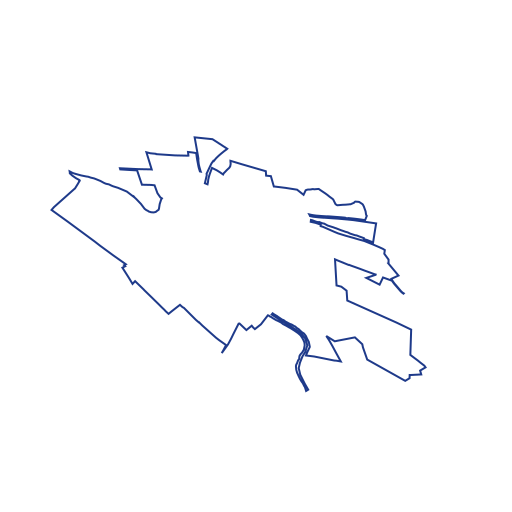 Bauska, Bauska, Latvia, rotated 32°
{"feature_id": "27541924B8748628129152", "entity_name": "Bauska", "entity_type": "district", "adm_level": 2, "iso_a3": "LVA", "parent_name": "Latvia", "parent_adm1": "Bauska", "projection": "natural_earth1", "projection_center": [24.202, 56.407], "detail": "fine", "context": "isolated", "style": "outline", "palette": "blue", "viewbox_px": 512, "rotation_deg": 32, "n_neighbors": 0, "source": "geoboundaries", "source_scale": "gbopen_adm2", "svg_char_len": 6048}
<svg xmlns="http://www.w3.org/2000/svg" viewBox="0 0 512 512"><g transform="rotate(32 256 256)"><path d="M294.3,195.1L289.1,196.3L284.3,198.0L283.5,196.3L284.9,195.8L286.7,195.5L289.4,194.9L290.8,194.3L291.8,193.6L293.3,193.4L295.2,193.0L296.7,192.4L300.6,192.2L305.6,190.9L306.3,190.7L308.4,190.3L309.0,190.1L314.5,189.1L316.9,188.5L318.9,188.1L321.2,187.4L324.1,187.1L326.0,186.6L328.9,185.9L330.5,185.2L332.8,184.8L334.2,184.5L335.5,184.2L338.0,183.7L338.4,184.5L342.1,183.5L343.3,183.3L348.1,182.4L342.4,169.0L340.6,164.7L319.7,173.9L314.8,176.3L305.5,181.0L301.8,183.0L293.7,187.3L293.1,187.7L288.7,190.0L283.7,192.4L282.9,192.7L280.7,193.5L280.5,193.3L279.1,192.5L281.1,191.8L283.3,190.9L285.5,189.9L290.7,187.2L295.7,184.5L295.7,184.4L297.3,183.5L302.1,181.0L308.0,177.9L311.0,176.4L311.2,176.7L313.9,175.3L314.2,174.9L316.8,173.6L320.1,172.0L322.9,170.7L325.7,169.4L329.5,167.8L328.7,163.3L328.4,163.2L327.7,162.8L327.0,162.1L325.3,160.1L324.3,159.3L321.4,157.0L319.6,155.9L318.8,155.6L315.0,155.5L314.7,155.6L314.1,155.8L312.6,156.6L312.0,156.9L311.6,157.1L311.2,157.5L311.0,158.1L310.9,158.9L309.4,161.1L308.8,162.0L307.9,162.6L307.3,163.1L304.8,165.0L302.3,166.7L298.2,169.8L297.8,169.9L297.3,170.0L296.4,169.9L295.8,169.8L291.6,167.2L290.7,167.0L289.4,166.9L286.7,166.7L284.4,166.4L281.7,166.2L275.5,166.0L273.7,165.9L273.5,166.0L270.0,168.6L269.2,168.9L268.5,169.3L267.5,170.2L267.3,170.5L265.0,172.0L264.3,172.6L263.3,173.9L263.9,178.9L255.7,178.0L244.9,182.6L235.9,186.8L234.3,187.6L226.3,180.4L222.0,182.5L219.4,178.9L195.0,185.8L183.9,188.8L184.5,189.7L185.7,191.3L186.6,193.6L186.6,195.3L185.7,198.7L185.2,201.2L184.8,202.9L184.9,204.3L181.1,204.1L178.7,204.1L177.4,204.1L172.0,204.6L173.3,210.9L174.0,213.5L175.0,216.5L176.0,218.5L176.9,220.9L174.1,221.4L171.4,213.5L170.5,212.5L169.6,205.0L169.2,201.1L169.4,197.9L169.9,197.9L170.1,196.2L170.3,194.5L170.8,192.4L171.3,190.5L172.2,187.6L173.5,183.8L174.6,181.1L174.8,180.3L157.2,180.0L141.1,187.9L153.5,201.6L155.6,204.0L156.5,205.6L158.9,208.6L160.8,210.5L164.0,213.4L164.4,213.7L163.6,214.0L160.8,211.6L159.5,210.3L154.7,205.1L150.7,200.4L147.0,202.0L143.2,203.8L145.5,206.7L145.4,206.8L143.6,207.9L134.0,213.6L117.4,222.5L117.1,222.4L116.9,222.4L111.9,224.9L108.1,226.1L115.7,232.7L121.7,237.9L119.8,238.9L116.2,241.1L109.8,244.9L94.1,253.7L95.0,254.5L104.2,249.5L109.8,246.4L121.5,256.0L124.5,254.2L129.4,251.3L132.5,249.8L139.2,255.0L143.9,257.0L145.7,257.0L145.6,258.2L146.8,263.0L148.6,267.2L148.9,268.5L148.3,269.8L147.6,271.8L146.1,273.3L143.8,274.5L141.5,275.1L140.2,275.0L138.8,275.2L136.5,275.0L130.8,272.8L128.0,272.1L126.1,271.6L124.1,271.1L122.5,270.8L120.8,270.3L120.8,270.6L112.3,269.8L102.9,271.3L97.9,272.6L96.2,272.9L94.2,273.1L93.3,273.2L90.6,274.2L89.6,274.4L88.0,274.6L86.0,274.7L84.3,274.8L79.7,275.6L77.6,276.0L76.4,276.4L74.3,277.1L71.7,277.7L69.9,278.5L65.1,280.3L60.1,281.8L57.2,282.6L55.9,282.8L54.4,282.9L53.1,283.0L54.3,284.4L54.3,284.5L54.5,284.6L55.7,284.8L57.8,285.2L60.3,285.3L61.9,285.4L62.5,285.4L65.4,285.2L66.1,285.2L66.5,285.3L66.6,285.5L66.3,286.1L66.4,286.4L66.6,286.5L66.7,289.2L66.7,294.7L66.4,295.5L58.8,321.5L58.6,322.6L58.2,325.3L77.8,326.6L111.6,329.2L118.3,329.9L134.5,331.1L148.6,331.9L150.0,332.0L149.0,333.7L150.5,334.0L148.9,336.7L157.3,340.7L160.4,342.2L166.1,345.1L166.8,341.4L178.4,343.9L179.4,344.2L187.3,345.9L190.1,346.5L194.1,347.4L199.6,348.6L203.0,349.4L206.9,350.2L208.6,350.7L212.5,351.4L213.9,347.3L216.3,340.7L217.4,337.7L220.7,338.3L222.4,338.2L238.8,342.0L242.7,342.6L242.8,342.4L247.2,343.4L254.2,344.6L265.4,346.5L269.3,346.9L277.9,347.4L278.0,349.9L278.3,353.6L278.3,354.6L278.4,356.5L279.1,345.8L278.7,339.4L278.1,333.7L277.1,322.6L277.8,322.0L287.1,323.9L289.3,317.4L290.5,317.8L291.3,318.1L292.3,318.3L293.8,318.6L296.4,311.3L297.5,300.0L298.2,299.8L299.8,299.9L301.1,299.7L303.5,299.8L307.4,299.7L308.2,299.5L312.5,299.1L315.0,299.4L318.6,299.1L322.2,299.0L322.3,298.9L327.9,298.9L332.3,299.1L334.3,299.4L335.9,299.7L338.7,301.0L340.6,302.1L342.9,303.7L344.6,305.9L346.2,310.0L346.3,313.5L345.9,315.4L345.8,317.3L346.3,318.8L346.9,319.8L347.2,320.8L347.0,322.0L347.2,323.2L347.6,325.1L347.7,326.8L348.2,328.2L350.4,331.1L352.8,333.3L353.8,333.9L356.0,335.4L358.1,336.7L359.0,337.2L360.0,337.7L360.9,338.2L362.7,338.9L363.5,339.3L364.1,339.7L365.9,340.8L366.5,341.0L367.7,341.9L370.0,343.9L371.1,341.7L364.9,338.4L356.4,333.2L351.6,328.4L349.8,323.1L348.6,316.5L348.6,311.3L346.9,304.7L344.9,302.7L341.3,299.8L335.6,297.8L330.5,297.5L320.9,297.2L306.1,297.4L300.3,297.3L300.5,295.8L301.7,295.9L306.0,295.8L306.6,295.9L311.8,296.1L313.2,295.8L314.6,295.8L315.3,296.1L316.8,295.9L318.3,295.8L318.9,295.8L321.1,295.6L321.6,295.4L322.9,295.2L323.9,295.2L324.6,295.2L325.5,295.2L326.6,295.0L328.7,295.4L330.4,295.4L330.9,295.4L333.1,295.9L335.3,296.3L337.6,296.3L338.6,296.6L340.7,297.4L341.9,298.2L342.9,298.9L344.1,299.6L346.2,300.8L348.9,303.6L349.8,304.6L350.5,310.6L351.1,313.9L358.6,310.4L377.7,303.2L379.6,302.2L383.8,300.5L375.4,295.8L368.4,291.8L364.5,289.7L362.0,288.4L360.0,287.5L358.0,286.6L361.3,286.6L368.0,286.6L370.2,284.5L383.0,272.6L392.9,274.5L395.1,276.8L405.2,284.9L448.7,282.8L451.0,278.3L449.4,275.5L449.6,275.4L458.9,268.9L455.9,266.2L458.8,260.6L456.9,259.8L451.8,259.3L448.7,258.9L445.1,258.6L439.3,258.1L426.6,236.2L410.5,238.0L357.0,245.4L351.2,237.4L344.6,236.8L339.9,238.3L324.8,217.0L339.3,214.5L339.6,214.2L342.2,213.7L345.8,212.9L348.6,212.3L350.9,211.8L356.9,210.6L358.7,210.2L366.3,208.6L367.3,208.3L367.4,208.6L366.8,209.3L365.5,210.9L361.2,216.1L376.0,214.8L375.1,206.9L384.4,204.9L386.5,205.8L388.4,206.5L397.1,209.2L397.8,209.4L398.7,209.5L399.5,209.7L401.0,209.8L401.1,209.4L399.8,209.4L398.5,209.2L397.3,208.9L390.1,206.6L388.4,206.1L386.8,205.5L385.2,204.8L383.6,204.0L382.9,203.6L387.2,197.1L372.0,192.1L372.2,191.8L370.3,188.8L363.6,186.1L362.1,182.7L359.8,182.7L355.9,183.2L349.4,184.2L339.8,185.9L333.4,187.8L329.4,188.9L327.7,189.4L321.6,191.2L313.7,193.3L309.6,194.0L297.2,195.8L295.0,196.4L294.3,195.1Z" fill="none" stroke="#1e3a8a" stroke-width="2"/></g></svg>